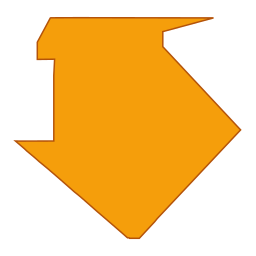 Mineral, Nevada, United States of America (Robinson projection)
{"feature_id": "52423323B72214422766", "entity_name": "Mineral", "entity_type": "district", "adm_level": 2, "iso_a3": "USA", "parent_name": "United States of America", "parent_adm1": "Nevada", "projection": "robinson", "projection_center": [-118.71, 38.484], "detail": "fine", "context": "isolated", "style": "filled", "palette": "amber", "viewbox_px": 256, "rotation_deg": 0, "n_neighbors": 0, "source": "geoboundaries", "source_scale": "gbopen_adm2", "svg_char_len": 519}
<svg xmlns="http://www.w3.org/2000/svg" viewBox="0 0 256 256"><path d="M15.4,141.0L20.1,145.0L24.5,148.8L26.8,151.0L34.8,157.7L39.3,161.7L47.2,168.2L51.4,171.8L61.1,180.2L74.5,192.0L78.4,195.1L83.4,199.4L97.7,212.0L105.3,218.5L116.3,228.0L127.5,237.8L129.1,237.8L129.5,238.3L139.3,238.3L154.8,221.6L157.3,218.5L240.6,129.9L162.8,46.7L162.8,31.6L213.5,17.9L77.3,17.7L50.8,17.8L50.3,18.0L37.3,42.2L37.3,59.4L54.6,59.2L53.8,75.5L53.8,141.0L20.1,141.1L15.4,141.0Z" fill="#f59e0b" stroke="#b45309" stroke-width="1.5"/></svg>